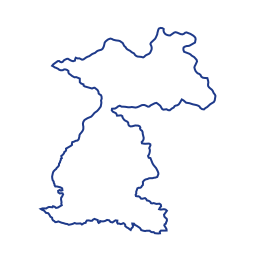 Caraí, Minas Gerais, Brazil (Robinson projection), rotated 97°
{"feature_id": "56859067B4076294409076", "entity_name": "Caraí", "entity_type": "district", "adm_level": 2, "iso_a3": "BRA", "parent_name": "Brazil", "parent_adm1": "Minas Gerais", "projection": "robinson", "projection_center": [-41.587, -17.164], "detail": "fine", "context": "isolated", "style": "outline", "palette": "blue", "viewbox_px": 256, "rotation_deg": 97, "n_neighbors": 0, "source": "geoboundaries", "source_scale": "gbopen_adm2", "svg_char_len": 5849}
<svg xmlns="http://www.w3.org/2000/svg" viewBox="0 0 256 256"><g transform="rotate(97 128 128)"><path d="M25.4,104.6L24.7,106.0L24.7,107.9L25.6,109.5L26.7,109.9L30.2,110.4L31.5,110.4L34.8,111.4L36.2,112.0L40.5,115.6L41.9,116.0L44.1,114.7L45.7,114.2L47.4,114.2L50.6,115.2L51.9,116.3L53.4,118.8L54.2,119.7L55.3,120.5L56.1,121.6L55.8,123.3L55.9,127.3L55.5,128.6L54.6,130.0L53.3,131.0L52.3,133.6L51.2,135.2L50.1,138.1L49.3,139.3L48.1,140.2L47.1,141.7L44.3,143.6L42.7,146.6L42.5,147.9L42.5,150.7L42.2,153.3L41.6,154.8L41.4,156.4L42.1,157.8L42.8,158.9L44.8,160.8L46.0,161.5L49.6,161.9L51.1,162.3L52.5,162.9L53.5,163.9L54.8,167.0L55.6,168.2L57.4,169.8L58.9,172.5L61.4,175.2L62.2,176.8L63.0,178.0L65.3,180.5L65.8,181.9L64.8,184.7L65.1,186.4L64.6,188.4L65.9,188.8L67.6,188.9L68.4,190.6L68.2,192.2L67.8,193.4L66.6,196.1L66.9,197.3L68.4,199.6L70.4,201.0L70.9,202.2L70.6,203.4L69.9,204.5L70.2,205.9L74.0,210.0L75.5,210.9L76.1,209.3L76.8,208.1L77.0,206.9L77.9,204.3L78.6,203.4L78.9,201.8L78.6,199.8L77.6,198.5L77.5,196.9L77.9,195.4L78.7,194.1L80.3,193.9L81.4,193.0L81.9,191.9L83.2,189.8L84.2,187.3L83.8,185.6L84.8,181.9L88.4,181.4L89.6,179.9L90.1,177.5L91.4,177.2L92.0,176.0L93.2,168.5L92.4,167.2L92.1,166.0L94.0,162.9L95.5,161.8L97.4,161.3L98.1,160.2L98.7,158.8L100.0,158.1L102.0,157.7L104.2,158.1L105.6,157.6L107.0,157.5L110.1,157.7L113.2,159.5L114.9,160.7L117.1,163.1L119.9,164.9L121.2,165.9L123.2,169.4L125.3,172.1L127.1,173.0L128.9,173.3L130.5,173.0L132.0,172.5L134.5,172.2L136.1,172.6L137.8,173.5L140.1,175.0L141.2,175.3L142.3,175.2L145.3,175.6L146.6,176.6L147.1,178.4L148.2,180.0L148.8,181.6L150.3,181.8L151.6,181.5L152.8,182.7L156.0,187.0L157.3,186.7L158.7,187.2L159.6,188.3L161.0,188.5L162.7,189.6L163.9,190.8L165.0,190.5L166.0,190.0L166.8,190.9L168.0,190.8L169.3,191.3L170.4,191.3L171.8,192.1L173.7,192.0L175.3,193.0L176.3,193.9L177.4,194.3L178.6,195.5L180.3,196.7L182.0,197.1L185.5,197.4L187.3,197.0L189.0,196.4L190.1,195.3L191.6,194.9L192.7,194.1L193.8,193.9L194.9,193.0L194.7,191.4L195.1,187.9L195.9,186.0L197.8,185.5L198.4,186.9L197.8,188.2L198.9,189.7L200.5,189.3L201.3,187.7L200.9,186.5L200.8,185.0L201.9,184.3L203.0,184.8L204.1,185.0L205.1,185.8L206.9,185.8L209.9,184.9L211.3,185.0L212.7,184.3L215.5,187.9L216.1,189.7L215.1,191.2L214.8,192.9L215.9,193.3L216.0,196.8L216.8,198.2L217.8,199.3L218.2,203.0L219.0,204.7L219.6,203.5L220.1,201.5L221.1,200.2L222.2,199.1L222.3,196.8L223.5,195.6L225.5,194.2L226.3,192.4L227.8,192.0L228.8,191.2L229.4,189.8L230.3,188.7L230.0,187.3L229.2,185.8L230.1,182.3L230.3,180.3L230.7,178.4L230.7,176.6L231.3,175.0L230.3,172.1L229.7,170.8L228.8,169.4L229.2,167.6L228.5,163.4L229.4,162.0L227.8,160.1L227.3,158.5L226.2,158.3L224.8,157.5L224.5,155.6L224.7,153.8L224.4,152.3L223.3,151.6L222.3,150.2L222.7,148.6L223.1,146.8L224.8,146.4L225.8,145.5L225.1,144.5L223.7,144.3L223.9,142.7L223.6,140.8L223.0,139.3L221.8,137.6L221.9,135.5L223.4,133.9L223.6,131.9L221.2,129.2L221.2,127.3L223.2,127.3L224.2,126.4L223.9,125.2L224.3,123.6L223.7,122.0L223.0,121.1L223.4,120.0L224.4,119.0L225.7,118.8L226.8,117.1L227.5,115.2L228.2,114.3L228.9,112.9L227.1,112.3L226.0,111.3L224.4,111.0L223.4,111.8L222.3,112.1L222.2,110.4L223.4,109.2L224.0,107.5L225.7,104.1L226.6,103.2L227.7,102.5L228.1,100.2L228.2,98.4L227.7,97.1L227.3,94.0L228.1,92.9L228.5,91.5L228.2,89.8L229.1,88.6L229.1,86.9L229.0,85.1L228.6,83.4L227.1,83.8L225.8,82.8L225.1,77.2L223.8,77.4L222.5,78.3L220.3,80.1L219.1,79.9L218.4,78.8L217.1,78.7L215.8,78.2L214.7,78.1L213.3,78.6L212.5,79.9L211.5,81.1L209.7,81.7L205.4,79.3L204.4,80.7L204.2,82.4L205.0,85.5L204.8,87.2L203.3,86.7L201.7,85.6L200.1,86.1L199.3,87.5L199.9,90.6L199.4,93.4L199.9,94.8L199.8,96.0L198.5,96.9L197.7,98.7L197.6,100.4L196.3,101.3L195.5,102.6L196.0,103.9L196.5,105.2L196.5,106.5L195.1,107.8L194.5,109.2L194.7,110.4L194.6,111.8L193.4,112.3L192.1,111.8L190.3,112.1L186.7,111.3L186.0,110.1L185.9,108.7L185.2,107.7L184.0,107.2L182.8,106.3L180.9,106.4L179.8,106.7L178.4,105.9L177.4,105.0L176.7,103.8L176.3,102.5L175.3,100.9L174.8,97.5L174.2,96.1L173.9,94.8L173.0,93.0L169.9,92.2L168.7,92.5L167.2,93.3L164.4,95.2L161.8,98.0L160.2,99.3L155.1,102.1L155.0,103.8L153.3,104.7L151.9,104.0L150.2,103.6L148.0,103.5L146.6,103.8L145.4,104.5L142.5,103.6L141.4,103.9L140.9,105.3L141.6,109.1L141.6,110.7L141.5,112.3L140.3,112.7L138.9,111.7L137.5,111.2L135.9,111.2L131.9,112.7L130.3,113.0L129.0,113.8L128.2,115.3L127.1,116.0L126.0,115.8L124.9,116.6L124.4,118.3L124.6,121.1L125.9,124.4L126.1,125.9L125.4,127.5L124.0,128.2L122.6,128.5L121.8,129.5L120.8,132.1L120.1,133.1L118.2,134.7L116.9,135.1L116.3,136.5L117.1,140.4L116.0,140.9L114.9,141.6L114.3,143.1L113.7,145.0L112.4,146.3L110.8,146.2L110.3,143.3L109.2,141.8L107.8,140.5L106.9,138.9L107.6,136.9L107.4,135.1L107.3,133.3L107.4,130.5L107.2,128.6L106.7,126.8L106.8,123.0L106.3,121.5L105.5,120.0L103.6,117.0L103.3,115.7L103.2,114.4L103.5,113.2L104.4,110.7L104.0,109.3L102.9,108.5L100.2,104.5L99.6,102.8L100.4,101.3L102.0,98.7L104.9,96.5L105.5,95.2L104.7,92.1L105.4,90.2L105.3,88.7L103.3,86.8L102.1,85.1L100.6,84.4L99.9,83.3L99.5,82.0L98.5,80.6L96.5,79.5L93.1,78.1L93.9,76.2L95.8,73.4L95.9,70.0L96.6,66.5L96.9,62.9L97.2,61.4L97.9,59.7L99.2,58.7L100.2,56.9L100.3,54.9L98.8,53.6L97.5,51.9L94.4,49.3L91.8,46.0L90.1,45.3L85.5,45.1L84.4,45.7L82.5,47.5L81.1,48.2L79.8,49.4L78.3,51.8L77.6,52.7L76.5,53.6L74.7,53.9L73.2,53.8L71.5,54.2L68.8,55.3L69.0,58.5L68.9,60.0L68.1,61.5L66.5,62.5L65.6,64.0L65.3,65.3L64.7,66.3L63.3,67.8L61.6,68.8L59.8,69.5L58.5,69.3L57.3,68.8L53.5,67.6L52.0,68.2L49.6,70.9L48.3,73.8L47.5,74.7L46.8,76.3L45.5,81.6L43.8,82.5L42.4,82.7L41.3,82.6L40.4,81.6L39.5,79.8L39.3,78.4L38.8,77.0L35.0,71.9L31.6,71.7L30.2,72.2L29.4,73.0L28.4,74.4L27.0,77.5L26.0,81.6L26.5,82.9L27.7,84.0L28.4,85.3L28.4,87.2L27.4,90.6L27.1,92.4L27.6,93.7L31.0,97.5L31.1,99.1L30.9,100.5L30.4,102.0L29.7,103.0L28.5,104.0L27.1,104.6L25.4,104.6Z" fill="none" stroke="#1e3a8a" stroke-width="2"/></g></svg>